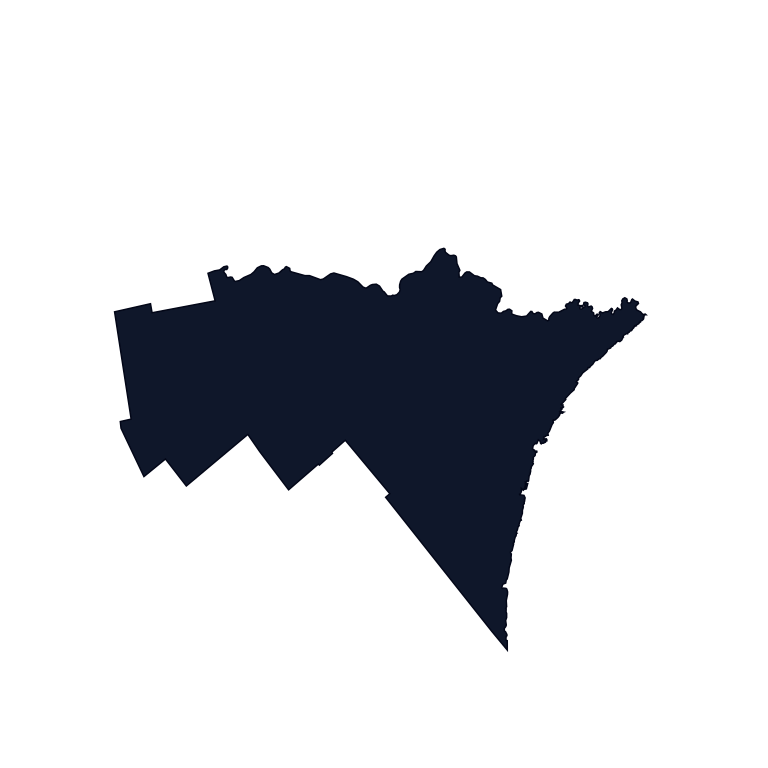 Castelli, Buenos Aires, Argentina, rotated 37°
{"feature_id": "61730980B13025573352502", "entity_name": "Castelli", "entity_type": "district", "adm_level": 2, "iso_a3": "ARG", "parent_name": "Argentina", "parent_adm1": "Buenos Aires", "projection": "equal_earth", "projection_center": [-57.446, -36.02], "detail": "fine", "context": "isolated", "style": "filled", "palette": "ink", "viewbox_px": 768, "rotation_deg": 37, "n_neighbors": 0, "source": "geoboundaries", "source_scale": "gbopen_adm2", "svg_char_len": 6170}
<svg xmlns="http://www.w3.org/2000/svg" viewBox="0 0 768 768"><g transform="rotate(37 384 384)"><path d="M476.7,224.2L476.2,225.6L475.8,230.4L476.1,232.2L477.2,233.9L476.7,235.1L471.3,235.7L467.9,233.1L464.2,233.8L463.1,234.9L462.6,236.6L461.9,237.5L460.3,237.9L458.5,237.1L457.5,237.7L457.0,243.9L453.4,247.5L448.8,249.7L444.5,251.1L443.4,250.7L442.1,248.6L439.3,248.7L438.0,249.8L437.3,252.2L435.7,254.2L435.1,256.8L432.3,258.6L428.5,257.8L426.4,251.4L426.6,248.5L424.9,245.2L425.2,243.0L420.3,238.4L411.2,239.5L409.4,238.6L405.2,240.3L402.0,239.5L399.3,239.6L397.4,240.9L393.8,241.6L391.1,243.1L384.8,243.1L382.6,244.7L381.9,246.6L381.8,251.8L379.8,253.4L376.7,249.9L376.1,247.5L369.8,243.9L365.3,239.0L364.0,238.6L362.3,239.1L360.0,241.4L358.2,242.0L353.9,241.8L352.7,241.1L351.7,239.6L350.2,239.6L347.7,243.0L346.8,247.0L346.9,251.4L347.8,258.2L346.8,264.2L347.2,269.2L346.9,270.8L346.3,271.8L341.7,275.0L340.8,277.9L337.8,281.4L335.2,289.5L335.4,291.8L336.8,295.4L338.3,297.5L340.2,299.0L341.0,301.4L340.5,305.0L338.9,307.2L337.5,307.8L336.9,309.3L333.8,311.6L328.7,310.3L327.3,310.5L321.5,308.5L317.8,308.9L314.9,311.5L313.7,313.4L312.2,317.9L311.5,318.5L308.9,319.2L301.6,318.1L296.5,318.7L289.5,320.8L277.2,325.5L275.1,328.2L272.3,336.7L270.5,338.9L259.2,342.3L255.7,345.0L242.2,350.3L240.8,350.1L239.1,348.4L235.4,349.0L234.9,350.0L235.1,352.1L234.2,353.9L233.3,358.6L230.6,362.5L227.4,362.8L223.6,361.0L221.4,360.7L216.7,362.0L214.9,363.5L212.9,367.4L212.7,372.6L211.8,376.6L208.0,383.3L206.2,388.5L203.5,391.6L202.6,391.8L198.5,390.2L197.1,390.9L195.0,393.3L193.4,392.9L191.8,391.7L188.9,391.1L188.0,390.0L187.9,388.5L189.5,387.2L189.5,385.9L188.8,384.6L187.6,384.3L185.5,386.8L184.1,391.8L180.5,395.7L176.8,401.5L199.1,419.2L155.9,466.7L149.2,460.4L125.4,488.5L203.2,564.2L196.0,572.7L200.6,577.6L248.0,602.4L254.6,575.4L287.5,584.4L305.6,506.2L325.5,512.8L371.5,525.9L379.7,487.5L381.2,487.7L384.6,470.4L383.3,469.9L386.9,452.2L454.7,468.1L453.5,473.5L619.1,516.7L642.6,522.3L636.9,514.8L635.7,515.1L634.8,514.2L633.4,512.0L633.7,511.1L632.9,510.1L630.1,508.7L628.9,508.8L627.2,507.0L627.2,504.4L626.7,502.9L623.5,499.7L622.5,496.7L620.0,493.4L618.6,492.5L616.8,489.9L616.2,490.0L616.0,488.1L612.0,483.4L609.2,477.6L607.8,475.6L605.5,473.9L604.4,473.8L602.1,475.2L602.0,475.8L600.9,475.9L600.4,475.4L599.4,472.4L601.0,469.7L599.6,467.0L599.7,465.5L596.9,459.0L594.6,455.5L591.8,448.1L590.1,446.5L588.0,443.1L586.9,442.9L586.1,442.1L586.5,440.0L583.9,433.9L583.2,433.7L582.7,431.7L583.1,432.2L583.0,431.6L582.1,430.4L580.8,427.0L580.9,426.0L579.8,423.8L580.0,423.1L579.2,423.2L578.7,422.4L578.3,420.2L577.1,417.5L577.2,415.8L576.6,415.4L575.5,412.8L575.1,410.8L575.6,410.1L574.0,408.9L572.4,404.1L569.9,400.6L570.1,400.0L569.7,399.8L569.3,398.3L568.1,397.4L567.9,395.0L567.1,394.1L566.7,392.6L565.4,391.5L565.8,391.1L565.2,390.0L562.8,388.7L559.0,390.8L558.5,390.4L558.9,389.2L558.6,387.8L558.0,386.3L556.5,384.7L559.1,384.9L558.9,383.4L559.3,383.0L558.1,380.9L558.2,380.3L559.7,382.1L559.9,381.6L560.4,381.9L560.4,382.6L560.8,382.1L558.7,377.0L557.6,377.6L558.0,378.4L557.8,379.5L556.9,378.6L557.2,378.0L555.9,377.4L556.5,376.8L556.5,375.4L557.7,375.0L557.7,374.3L555.0,369.7L555.0,368.4L553.5,365.2L552.6,364.3L552.1,362.3L551.5,361.9L551.3,357.9L551.0,357.5L549.9,357.4L549.7,356.1L549.0,355.5L548.4,353.9L547.3,352.8L547.7,350.2L546.3,347.6L547.1,346.6L546.9,346.1L546.4,345.7L544.5,347.0L544.0,346.3L541.7,346.5L540.2,343.4L540.4,340.5L541.4,340.3L541.9,339.5L540.8,335.7L543.3,335.8L544.7,337.1L545.6,337.2L545.8,336.2L546.8,335.5L547.9,333.4L547.4,333.1L547.8,332.4L547.2,331.9L548.2,331.3L547.4,330.3L546.5,330.1L544.8,332.0L544.8,331.3L543.6,330.3L544.6,328.5L544.5,327.5L546.0,326.1L544.5,324.7L544.4,321.9L542.6,315.2L542.5,312.9L540.8,311.3L541.0,310.6L541.8,310.4L542.3,309.7L543.0,306.0L543.0,303.7L542.8,302.7L542.2,302.5L542.3,301.8L543.2,300.3L544.2,299.8L543.9,299.2L544.4,298.3L541.5,299.7L541.0,301.2L541.2,297.2L539.8,297.1L539.6,296.4L540.8,296.1L540.5,295.5L541.1,295.1L541.2,294.3L540.5,294.3L539.5,293.0L538.4,294.0L537.6,293.6L538.0,292.3L538.5,287.0L537.6,286.5L537.7,285.0L538.3,279.0L539.3,274.1L538.7,273.3L538.3,266.9L537.7,266.3L536.3,266.8L536.1,265.4L536.6,264.2L536.5,262.9L535.6,262.0L536.2,259.2L536.0,255.6L537.7,249.2L537.0,248.1L538.3,247.2L538.2,245.5L538.8,242.6L538.5,239.1L538.9,237.9L540.1,236.7L540.5,234.6L541.4,233.8L541.4,231.8L541.9,230.3L542.5,224.9L542.4,223.6L541.6,221.8L543.3,218.9L543.1,217.2L543.8,216.1L543.9,213.4L544.5,212.9L544.6,210.4L544.2,210.2L545.4,208.8L546.8,208.2L547.4,206.0L546.9,203.2L546.4,202.7L546.8,202.4L546.2,202.0L546.2,200.5L547.3,197.9L548.4,197.3L548.0,195.8L548.6,195.2L548.6,193.5L549.3,192.9L549.2,192.1L549.6,191.4L549.3,191.0L549.6,189.0L549.2,188.7L549.6,187.6L549.1,186.7L549.9,186.5L550.5,185.6L550.0,185.1L551.2,182.4L550.8,181.3L551.2,181.1L551.5,180.0L551.0,179.8L550.9,179.3L551.8,178.1L552.1,176.7L552.1,175.8L551.5,175.5L551.7,175.2L551.0,174.6L551.3,173.9L550.5,173.2L550.6,171.8L551.6,171.0L550.6,170.9L548.9,172.7L545.4,172.0L541.7,172.7L540.1,172.3L538.5,171.0L538.3,169.7L538.8,166.6L537.4,165.6L534.6,166.7L531.3,166.6L531.1,167.4L531.9,170.4L531.7,171.2L530.1,172.4L528.6,172.1L527.9,170.8L526.7,169.9L524.4,170.2L523.5,172.3L523.8,174.4L525.2,175.8L525.8,178.0L528.5,180.4L528.5,181.8L527.6,182.7L524.7,182.7L524.8,185.4L524.1,187.1L525.1,188.7L525.2,190.5L523.2,191.0L522.6,190.2L521.8,187.1L521.0,186.6L520.1,186.8L519.5,191.3L517.4,193.1L515.8,195.7L513.1,196.1L513.1,197.5L515.3,199.0L515.7,201.3L515.1,202.8L514.3,203.0L513.4,202.5L513.6,200.5L513.2,199.5L512.1,200.0L511.7,202.7L510.4,202.9L508.6,201.1L505.8,201.2L505.1,198.1L503.7,197.1L502.5,197.1L500.9,199.5L499.8,199.3L498.6,197.2L497.7,196.7L495.7,197.4L494.7,198.6L495.6,200.6L497.5,200.4L498.0,201.1L496.6,205.5L495.0,206.0L494.3,205.2L494.3,204.6L496.0,202.8L496.0,202.2L495.3,201.8L494.0,203.1L491.5,204.2L490.4,202.6L490.3,200.0L489.3,199.4L488.6,199.6L487.7,200.8L485.9,201.3L485.1,202.0L485.4,205.5L484.7,206.2L483.2,206.6L483.0,208.8L481.6,210.5L482.0,212.5L484.5,213.4L484.5,214.4L483.1,215.8L480.3,221.6L476.7,224.2Z" fill="#0f172a" stroke="#020617" stroke-width="1.5"/></g></svg>